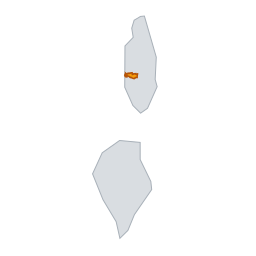 location of Faleata East, Gaga'emauga, Samoa, rotated 254°
{"feature_id": "51752279B54657815121204", "entity_name": "Faleata East", "entity_type": "district", "adm_level": 2, "iso_a3": "WSM", "parent_name": "Samoa", "parent_adm1": "Gaga'emauga", "projection": "albers", "projection_center": [-171.795, -13.866], "detail": "fine", "context": "in_parent", "style": "filled", "palette": "amber", "viewbox_px": 256, "rotation_deg": 254, "n_neighbors": 0, "source": "geoboundaries", "source_scale": "gbopen_adm2", "svg_char_len": 2305}
<svg xmlns="http://www.w3.org/2000/svg" viewBox="0 0 256 256"><g transform="rotate(254 128 128)"><path d="M93.7,81.3L111.3,96.4L118.3,116.5L110.8,135.7L94.3,131.0L70.3,135.2L62.3,133.8L43.0,110.3L29.6,99.7L24.2,89.8L41.2,90.8L66.0,84.2L93.7,81.3ZM231.1,174.6L188.3,174.7L167.2,167.5L159.7,167.4L141.6,152.2L138.8,144.2L148.3,138.9L168.1,136.1L207.7,147.7L213.7,158.0L222.9,159.1L229.9,163.6L231.8,170.8L231.1,174.6Z" fill="#d9dde1" stroke="#a8b0b8" stroke-width="1"/><path d="M180.5,140.0L180.3,139.9L180.0,140.0L179.9,140.0L179.9,139.9L180.0,139.9L180.0,140.0L180.1,139.8L179.9,139.7L179.7,139.5L179.4,139.7L179.2,139.6L179.0,139.4L178.9,139.4L178.7,139.4L178.4,139.5L178.5,139.5L178.7,139.8L178.7,139.7L178.4,139.6L178.4,139.3L178.3,139.5L178.2,139.6L178.0,139.8L177.9,139.9L177.8,140.0L177.7,140.1L177.6,140.4L177.6,140.6L177.5,140.8L177.4,141.1L177.6,141.2L177.7,141.3L177.9,141.3L178.0,141.4L178.1,141.5L178.2,141.3L178.3,141.6L178.2,141.6L178.2,141.8L178.0,142.1L177.9,142.3L177.8,142.5L177.7,142.6L177.6,142.8L177.5,143.0L177.4,143.0L177.2,143.3L177.1,143.5L176.9,143.6L176.7,143.5L176.4,143.7L176.4,143.8L176.2,143.9L176.2,144.0L176.2,144.3L175.9,144.5L175.7,144.6L175.7,144.9L175.7,145.0L175.4,145.0L175.4,145.3L175.2,145.5L175.0,145.8L174.9,145.9L174.8,146.0L174.6,146.2L174.5,146.3L174.4,146.4L174.2,146.6L174.1,146.8L174.1,147.0L173.9,147.3L173.8,147.5L174.0,147.6L174.1,147.9L174.1,148.0L174.1,148.3L174.1,148.6L174.2,148.8L174.3,148.9L174.2,149.0L174.3,149.1L174.4,149.4L174.4,149.5L174.0,150.7L175.3,151.1L175.8,151.3L176.1,151.4L176.3,151.5L176.6,151.6L176.8,151.7L176.8,151.8L177.0,151.8L177.4,152.0L177.5,150.5L178.1,150.5L178.1,150.4L178.2,150.2L178.2,149.9L178.2,149.7L178.2,149.4L178.3,149.1L178.5,148.9L178.4,148.5L178.4,148.4L178.5,148.3L178.2,147.9L178.1,147.4L178.2,146.9L179.4,147.1L179.6,147.2L179.9,147.2L180.0,147.2L180.2,145.8L180.2,145.5L180.3,144.8L180.0,144.8L180.0,144.5L180.1,143.8L180.2,143.7L180.5,143.6L180.7,143.3L180.7,143.1L180.4,143.0L180.3,142.9L180.3,142.6L180.3,142.4L180.4,142.2L180.4,141.9L180.5,141.9L180.6,141.6L180.8,141.5L181.0,141.4L180.9,141.4L181.0,141.2L180.7,141.2L181.0,141.0L180.9,141.0L180.9,140.9L180.9,140.7L180.7,140.6L180.7,140.4L180.8,140.4L180.7,140.3L180.7,140.2L180.5,140.0Z" fill="#f59e0b" stroke="#b45309" stroke-width="1.5"/></g></svg>